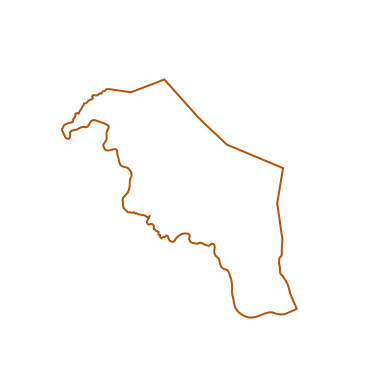 Campo Alegre de Lourdes, Bahia, Brazil, rotated 205°
{"feature_id": "56859067B47282547771310", "entity_name": "Campo Alegre de Lourdes", "entity_type": "district", "adm_level": 2, "iso_a3": "BRA", "parent_name": "Brazil", "parent_adm1": "Bahia", "projection": "mercator", "projection_center": [-43.073, -9.544], "detail": "fine", "context": "isolated", "style": "outline", "palette": "amber", "viewbox_px": 384, "rotation_deg": 205, "n_neighbors": 0, "source": "geoboundaries", "source_scale": "gbopen_adm2", "svg_char_len": 3938}
<svg xmlns="http://www.w3.org/2000/svg" viewBox="0 0 384 384"><g transform="rotate(205 192 192)"><path d="M214.9,146.1L213.2,145.8L212.2,145.2L211.8,144.2L211.5,143.3L210.7,142.2L209.6,142.3L208.4,141.5L207.1,141.9L206.3,141.5L205.4,141.6L204.4,139.3L202.9,139.5L202.0,137.8L200.3,137.2L198.9,139.4L197.6,139.6L197.0,141.7L195.5,141.9L193.4,139.8L191.7,138.4L190.1,138.3L188.8,138.6L187.5,139.4L187.2,140.4L186.9,143.1L186.5,144.3L185.7,146.1L183.7,149.5L182.9,150.2L180.7,151.5L177.7,152.6L176.6,152.4L175.8,151.8L175.2,150.2L174.9,148.4L173.1,146.6L172.2,146.1L170.9,146.0L169.5,146.2L166.2,147.0L165.0,147.7L163.8,149.1L162.9,149.6L161.9,149.9L160.5,149.9L159.4,149.8L157.9,149.7L154.0,150.3L153.1,151.8L152.5,153.1L150.9,153.9L149.4,153.4L148.7,152.6L148.0,151.4L147.2,148.8L146.5,147.2L145.8,146.1L145.0,145.1L143.9,144.3L139.5,142.9L138.1,141.3L136.3,138.7L134.6,137.1L133.7,136.5L132.5,136.0L129.9,135.7L128.2,136.1L127.2,136.2L126.3,135.8L125.5,135.3L124.6,134.7L121.8,131.6L119.8,129.8L118.0,127.0L116.9,125.5L115.8,123.5L114.9,121.6L113.9,118.7L112.6,116.7L111.0,114.7L105.3,107.0L103.7,105.4L100.4,103.4L98.6,102.7L96.1,102.1L93.9,101.8L90.7,101.7L88.7,102.0L85.5,103.1L81.7,105.4L79.1,108.0L75.0,112.3L73.0,114.1L71.1,115.6L69.3,116.5L68.1,116.8L67.1,117.0L64.6,117.2L60.5,118.3L58.0,119.4L56.1,120.7L48.7,129.1L47.7,130.4L61.2,142.4L61.5,143.6L62.4,144.2L63.4,145.6L64.2,146.4L65.3,147.7L66.5,148.9L67.4,149.6L68.2,150.3L69.3,151.1L70.7,151.9L72.1,152.7L73.4,153.6L74.5,154.4L76.3,154.9L77.4,155.4L78.2,156.6L79.0,158.0L79.5,158.8L79.9,159.9L80.7,161.0L81.7,162.5L82.6,163.6L83.2,164.4L83.7,165.9L84.2,167.0L84.7,168.6L84.6,170.2L84.0,171.5L84.2,173.2L84.8,174.6L85.4,175.7L87.4,180.4L90.2,187.5L96.5,197.1L98.9,200.8L110.0,217.7L112.1,225.4L114.9,235.3L117.6,244.9L119.6,252.1L123.1,252.0L141.5,251.2L180.6,249.7L185.1,251.2L212.0,260.2L218.1,262.4L220.0,263.2L264.6,282.3L289.5,256.6L294.0,255.2L299.2,253.7L303.1,252.5L310.4,250.3L312.2,249.5L313.3,248.6L313.4,247.7L314.0,246.4L315.4,245.5L315.6,243.8L316.0,242.6L317.2,242.5L317.7,241.4L318.2,240.3L318.7,239.5L320.0,239.0L321.5,238.5L322.6,237.9L323.0,236.6L322.1,235.7L321.4,235.0L321.9,233.8L322.7,233.1L323.3,232.2L324.3,231.2L324.7,229.7L325.0,228.7L325.7,227.7L326.4,227.0L327.3,226.5L327.0,225.4L327.1,224.0L327.5,222.6L327.4,221.2L327.5,219.6L328.0,218.4L327.9,217.3L327.9,216.3L327.9,215.1L329.0,215.4L329.6,214.6L330.6,214.1L330.5,212.7L329.7,211.5L330.0,210.2L330.1,209.1L330.4,207.5L330.0,206.5L329.7,205.3L330.3,204.4L331.5,203.6L332.5,202.8L333.2,202.1L334.1,201.2L335.0,200.1L335.9,199.0L336.3,197.7L336.2,196.5L336.2,195.4L336.3,194.2L336.1,193.0L334.5,191.9L332.3,190.0L331.1,189.2L330.1,188.2L328.9,187.6L327.7,187.6L326.1,188.2L325.8,189.8L326.7,192.8L327.7,194.3L327.3,196.1L326.3,197.3L322.8,199.8L320.3,203.3L319.5,204.2L318.2,205.0L315.7,205.8L314.4,206.8L313.9,208.6L313.5,213.3L312.2,215.2L310.8,216.0L307.5,216.3L306.0,216.6L304.4,216.6L301.3,217.1L299.8,217.1L296.4,216.9L295.1,216.3L294.6,215.0L294.7,210.7L294.5,209.6L293.9,208.0L292.7,206.1L291.9,203.9L291.7,202.2L291.9,200.4L292.4,197.3L291.8,196.3L289.2,193.9L287.4,193.5L286.2,193.9L285.2,194.3L283.8,195.3L281.2,197.5L280.1,198.3L279.2,198.5L278.2,198.4L277.4,197.8L276.0,195.4L274.8,193.6L272.3,190.9L271.7,189.9L269.8,187.6L268.5,186.5L267.4,186.0L265.7,185.8L260.9,186.7L258.7,186.0L256.0,184.6L255.2,183.8L253.7,181.3L253.4,179.8L253.5,178.5L253.4,176.8L252.8,175.3L252.4,174.1L251.1,171.5L250.3,168.4L250.1,167.2L250.0,165.9L250.0,164.2L250.7,161.6L252.0,158.0L251.9,156.6L251.5,155.2L250.9,154.4L250.2,153.3L249.4,151.7L247.9,149.3L246.9,148.5L246.1,148.1L243.8,147.4L241.9,146.6L240.2,147.1L239.1,147.5L237.7,147.8L236.0,149.1L234.6,148.6L233.3,149.2L231.2,149.2L227.8,150.0L225.6,150.7L224.4,150.6L222.9,150.3L221.6,150.4L220.4,152.0L220.1,150.7L220.4,148.6L220.4,146.6L219.8,145.2L219.0,144.5L217.7,144.1L214.9,146.1Z" fill="none" stroke="#b45309" stroke-width="2"/></g></svg>